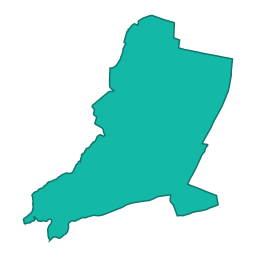 Miguel Hidalgo, Distrito Federal, Mexico
{"feature_id": "50627088B27674873291342", "entity_name": "Miguel Hidalgo", "entity_type": "district", "adm_level": 2, "iso_a3": "MEX", "parent_name": "Mexico", "parent_adm1": "Distrito Federal", "projection": "natural_earth1", "projection_center": [-99.216, 19.43], "detail": "fine", "context": "isolated", "style": "filled", "palette": "teal", "viewbox_px": 256, "rotation_deg": 0, "n_neighbors": 0, "source": "geoboundaries", "source_scale": "gbopen_adm2", "svg_char_len": 5682}
<svg xmlns="http://www.w3.org/2000/svg" viewBox="0 0 256 256"><path d="M138.6,20.9L137.8,25.1L134.2,23.8L131.9,25.6L130.1,27.9L129.6,28.5L128.6,29.2L128.3,29.2L128.1,30.7L127.9,31.4L127.8,31.5L127.4,31.5L127.0,31.5L124.0,42.3L125.9,43.5L123.1,48.7L122.9,51.0L122.4,53.5L121.1,56.6L120.2,59.5L118.0,62.9L116.9,64.5L115.6,66.1L114.4,66.9L113.1,67.7L111.6,68.0L110.4,68.1L110.0,68.1L110.0,71.6L109.6,78.2L109.6,85.6L109.8,86.5L109.9,87.0L110.2,87.5L110.9,88.4L111.6,89.0L113.6,90.3L113.8,90.4L114.0,90.7L113.9,90.9L112.8,91.1L111.0,91.4L109.6,91.5L108.6,91.9L107.9,92.5L105.6,94.4L102.1,97.3L92.8,105.1L92.3,105.7L92.2,106.0L92.1,106.5L92.2,107.0L94.4,109.5L94.3,111.1L93.5,113.6L93.6,114.0L93.7,114.4L93.9,114.8L94.2,115.1L96.0,116.3L96.3,116.7L96.5,116.9L96.5,117.2L96.5,117.5L95.9,120.0L95.4,121.3L95.1,122.2L94.9,123.0L95.0,123.4L95.0,123.7L95.2,123.9L95.7,124.4L98.6,125.9L102.2,128.1L102.5,128.4L102.7,128.6L102.9,128.9L103.0,129.2L103.1,129.5L103.6,132.0L104.0,133.1L104.3,134.0L104.8,134.5L104.9,134.8L104.8,135.0L104.3,135.6L104.1,135.9L103.9,136.4L103.8,136.5L101.7,135.3L100.2,134.6L99.3,135.2L98.0,135.9L97.5,136.4L97.1,136.8L96.7,137.9L96.1,139.4L95.3,140.9L95.1,141.2L94.6,141.8L94.2,141.9L93.5,141.9L93.1,142.1L92.8,142.4L92.8,143.1L92.8,143.5L92.7,143.6L91.8,143.8L91.5,144.1L91.4,144.3L91.0,144.7L90.9,145.2L90.6,145.9L90.4,146.1L89.9,146.6L89.5,147.2L88.8,147.5L88.6,147.8L87.9,148.2L87.3,148.3L86.9,148.4L86.4,148.4L86.3,148.5L86.2,148.7L86.1,148.9L86.0,149.6L85.8,150.4L85.5,150.7L85.3,150.8L84.7,151.0L84.7,151.3L84.6,152.1L84.5,152.5L84.2,152.9L83.5,153.2L83.0,153.4L82.9,154.0L82.8,154.3L82.7,154.4L82.4,154.5L81.8,154.4L81.6,154.5L81.6,154.8L81.6,155.4L81.6,155.7L81.4,156.5L81.4,157.1L81.3,157.3L81.2,157.6L81.1,158.5L80.8,158.6L80.7,159.4L80.2,161.7L79.9,161.3L79.6,161.2L79.3,161.2L78.8,161.4L78.6,161.7L78.3,162.2L78.0,163.3L76.2,164.7L76.0,165.2L75.8,165.7L75.2,167.1L74.0,169.4L73.0,171.7L72.8,172.1L72.2,172.6L71.5,173.0L69.8,173.5L69.3,173.5L68.7,173.4L67.1,173.0L66.5,173.0L66.0,173.2L64.5,173.7L61.2,175.3L59.8,176.6L59.0,176.8L58.3,177.3L57.1,178.8L55.4,179.5L51.9,181.0L49.9,181.7L49.0,181.8L48.2,182.2L47.8,182.6L47.4,183.1L46.8,183.8L46.3,184.5L45.8,185.1L44.4,185.8L43.8,186.4L43.3,187.2L42.5,187.9L40.9,188.4L39.7,188.9L38.4,189.7L37.3,191.3L35.1,191.9L34.0,192.7L33.0,193.8L31.9,195.2L32.4,196.5L32.8,197.8L32.8,198.5L32.8,199.3L32.8,199.6L33.1,200.5L33.1,201.5L32.9,202.7L32.8,203.5L32.8,204.3L33.1,205.7L33.2,206.7L33.1,207.9L32.2,211.5L30.7,213.4L26.1,217.2L24.3,218.4L23.9,218.7L23.7,218.9L23.5,219.2L23.5,219.6L23.7,220.7L24.1,222.0L24.3,223.2L24.3,223.4L24.5,223.6L25.2,223.9L25.4,224.0L25.6,223.9L26.1,223.3L26.3,223.2L30.0,222.8L30.3,222.7L31.3,221.7L31.5,221.5L31.8,221.3L32.2,221.2L33.0,221.1L33.5,220.9L34.0,220.7L34.6,220.2L34.9,220.0L35.0,219.7L35.0,219.3L34.9,219.2L34.0,218.0L33.9,217.7L33.8,217.4L33.8,217.1L33.8,216.9L34.0,216.8L34.5,216.9L35.2,217.4L36.0,218.2L37.5,219.9L37.9,220.6L38.1,220.9L38.3,221.0L39.0,221.1L40.4,221.3L41.3,221.3L41.7,221.2L42.6,220.8L43.2,220.7L44.1,220.7L44.8,220.9L45.4,221.1L46.2,221.4L46.6,221.3L46.9,221.1L48.5,219.5L48.9,219.2L49.3,219.1L49.7,219.1L50.6,219.3L51.0,219.4L51.4,220.0L51.6,220.7L51.6,221.1L51.5,222.0L51.2,223.4L50.7,224.0L49.5,225.2L49.3,225.4L48.7,226.8L48.1,228.2L47.8,228.8L47.7,229.2L48.2,236.2L48.3,236.7L48.9,238.5L49.4,239.2L49.6,239.7L49.7,240.1L49.6,240.6L52.7,237.7L53.3,237.4L54.4,236.9L55.0,236.9L56.0,237.1L58.4,238.0L59.4,238.2L59.9,238.1L60.5,237.9L61.7,237.0L63.3,235.4L63.8,235.0L65.3,234.1L65.9,233.7L66.5,233.1L67.0,232.4L67.4,231.8L67.6,231.3L68.5,228.3L68.5,227.5L68.4,224.3L68.5,223.8L68.7,223.3L68.9,222.9L70.6,221.5L71.0,221.2L71.5,221.0L72.0,220.9L72.6,220.9L74.0,221.1L74.5,221.1L75.0,221.0L75.5,220.9L76.2,220.6L81.9,217.8L82.5,217.6L83.2,217.5L84.8,217.7L85.3,217.7L85.8,217.6L86.2,217.5L88.1,216.7L92.1,215.7L93.9,215.3L94.7,215.3L96.7,215.6L99.0,215.7L102.1,215.1L105.4,213.9L114.1,210.5L118.0,208.9L121.1,207.8L121.9,207.4L123.3,206.7L125.1,205.6L125.9,205.1L129.6,203.7L130.6,203.4L136.4,202.2L143.5,201.2L149.3,200.4L150.4,200.1L151.3,199.7L154.4,198.3L157.2,196.9L157.7,196.7L158.7,196.5L163.4,195.8L165.4,195.5L170.5,194.8L170.5,196.1L170.1,200.2L170.2,200.9L170.4,201.5L170.6,201.9L171.1,202.6L172.5,203.8L172.7,204.2L173.5,205.3L173.9,206.2L175.4,210.4L176.2,212.6L177.3,215.8L178.5,215.7L180.5,215.5L182.9,215.7L183.1,215.7L185.7,214.8L187.2,214.5L188.1,214.3L191.7,212.8L192.2,212.5L192.5,212.3L193.3,212.2L194.4,211.9L195.0,211.9L198.1,211.1L199.4,211.2L206.8,209.4L209.0,208.2L217.9,205.0L218.0,204.6L218.0,203.9L218.0,203.6L217.2,199.8L216.7,197.4L216.5,195.4L215.2,195.1L213.1,194.3L205.3,191.2L201.5,189.6L197.4,188.0L191.7,185.8L187.7,184.3L189.3,180.4L190.6,177.7L191.5,176.3L192.4,174.8L193.5,172.6L194.1,171.7L195.9,168.0L197.6,164.4L201.2,156.7L201.6,155.6L201.9,154.7L202.5,154.3L203.2,152.8L203.6,152.6L203.9,152.5L204.1,152.3L204.6,151.7L204.7,151.4L204.9,150.4L205.0,150.2L205.0,149.8L205.0,149.6L205.2,149.1L206.5,146.2L206.8,145.9L207.0,145.8L207.3,146.0L207.8,145.1L207.7,144.8L207.5,144.6L206.5,144.3L205.9,144.3L205.3,144.2L202.2,143.6L205.3,137.6L210.6,128.3L214.0,120.9L215.0,119.0L217.6,114.5L219.5,110.8L221.4,107.4L222.1,106.1L225.6,97.6L226.6,94.8L227.7,92.6L228.0,91.9L228.1,91.5L229.1,87.1L231.2,75.6L231.3,70.8L231.5,68.7L232.3,60.6L232.5,59.0L202.6,53.2L201.4,53.0L199.7,52.6L197.2,52.0L194.7,51.6L192.6,51.1L190.2,50.7L188.1,50.2L185.5,49.7L185.3,49.8L178.6,47.8L179.1,43.7L179.6,40.0L177.1,39.1L173.7,37.8L174.3,22.8L172.2,22.0L166.2,20.4L164.0,19.7L159.0,17.9L154.0,16.1L152.0,15.4L151.3,15.4L148.4,16.2L146.0,17.1L142.6,18.4L139.3,20.5L138.6,20.9Z" fill="#14b8a6" stroke="#0f766e" stroke-width="1.5"/></svg>